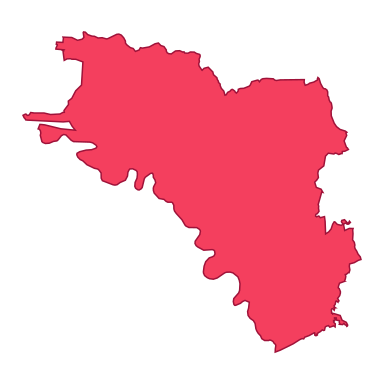 outline of Balteni, Gorj, Romania
{"feature_id": "2599482B88811296912065", "entity_name": "Balteni", "entity_type": "district", "adm_level": 2, "iso_a3": "ROU", "parent_name": "Romania", "parent_adm1": "Gorj", "projection": "orthographic", "projection_center": [23.271, 44.874], "detail": "fine", "context": "isolated", "style": "filled", "palette": "rose", "viewbox_px": 384, "rotation_deg": 0, "n_neighbors": 0, "source": "geoboundaries", "source_scale": "gbopen_adm2", "svg_char_len": 5898}
<svg xmlns="http://www.w3.org/2000/svg" viewBox="0 0 384 384"><path d="M275.2,352.1L280.2,350.2L293.2,343.8L299.8,339.6L302.0,338.6L303.7,338.9L304.7,337.2L309.1,335.6L314.0,332.9L314.6,332.8L314.9,335.3L315.8,335.7L316.7,335.5L317.3,335.0L316.7,334.2L317.7,333.7L318.0,332.9L320.4,331.6L322.3,329.9L323.7,330.5L324.5,330.2L325.2,327.1L326.2,326.3L328.4,325.6L329.8,327.2L333.6,325.9L335.1,326.9L335.3,323.8L333.7,322.3L333.9,321.8L333.6,321.4L333.6,320.5L334.6,320.7L335.0,320.1L335.2,319.0L334.5,318.5L334.5,317.8L336.3,317.9L336.4,319.9L336.7,320.2L339.4,320.7L339.3,322.6L339.7,323.4L339.3,324.3L342.7,324.6L343.9,323.4L345.3,325.0L346.1,325.0L346.8,326.4L347.4,326.0L347.7,325.1L346.3,322.3L342.1,320.2L340.2,315.5L333.7,313.5L332.7,314.0L332.5,313.2L331.6,313.2L331.4,309.6L331.9,308.8L332.7,308.6L334.2,310.2L334.7,308.3L334.3,307.7L335.4,307.7L334.4,307.0L334.2,305.5L335.1,304.6L335.8,301.3L336.4,301.0L338.0,302.2L338.1,301.6L339.0,300.9L337.6,298.4L339.7,295.6L340.4,293.1L340.4,291.5L339.2,288.6L338.2,287.8L338.5,286.1L339.5,283.2L344.7,281.3L344.4,281.2L345.3,279.1L345.8,276.5L345.3,274.5L346.2,274.4L348.7,272.4L349.1,272.6L349.9,269.9L349.3,266.4L349.6,263.9L354.2,262.7L358.4,260.3L361.0,259.5L360.3,256.9L358.0,254.0L356.7,251.1L355.0,248.5L354.6,246.6L354.9,245.1L354.3,242.3L352.6,239.9L353.0,233.7L352.7,229.9L353.1,228.5L349.3,228.4L344.7,230.5L343.6,224.8L344.0,223.8L345.9,223.0L347.1,224.2L348.7,224.1L350.4,222.4L349.4,221.2L348.6,222.8L347.8,223.3L344.5,219.7L341.8,220.4L341.4,221.8L343.1,224.3L341.2,225.3L337.3,224.4L334.9,221.9L334.2,221.8L332.7,224.2L331.1,229.0L328.7,231.9L325.6,233.9L325.1,221.3L324.5,216.6L320.3,217.7L318.8,216.0L316.6,216.8L315.6,216.2L315.7,214.8L316.3,214.0L317.3,213.7L319.0,211.3L318.5,208.1L318.7,206.2L318.2,204.5L321.7,192.1L322.9,192.4L321.1,189.2L316.3,187.4L314.7,182.2L316.8,180.0L316.7,179.2L317.0,179.7L318.4,177.6L317.8,173.1L318.5,170.1L323.8,165.9L325.5,156.1L328.3,153.2L333.9,154.0L335.1,153.1L336.9,153.5L338.7,154.5L340.0,154.2L340.2,153.7L342.1,153.6L342.3,151.5L344.9,151.2L348.4,149.5L347.3,147.8L346.5,147.5L344.1,140.9L346.7,135.4L345.9,133.0L346.9,132.3L345.4,131.1L340.0,129.4L336.5,126.6L334.2,123.2L331.3,115.9L331.1,111.2L332.1,108.1L331.9,106.2L331.4,103.5L330.9,102.4L330.1,102.0L329.1,99.8L328.6,97.0L327.7,95.8L327.7,91.9L326.9,90.0L325.3,88.8L324.0,88.7L322.8,87.6L320.6,83.5L319.1,78.6L317.9,77.5L317.4,78.8L317.6,79.5L317.4,80.0L313.7,82.1L309.5,83.2L308.4,84.2L305.2,85.3L304.1,82.3L304.3,79.6L280.2,79.9L276.4,80.5L274.8,80.1L273.3,78.8L266.5,78.4L262.9,78.7L261.3,79.4L259.4,81.8L258.4,80.3L257.4,80.1L251.8,81.7L250.1,85.3L249.1,86.2L243.8,88.3L240.2,88.5L238.3,89.3L238.1,91.2L236.4,93.1L235.3,92.2L234.8,91.1L232.5,89.4L231.4,89.6L230.0,91.2L227.6,92.4L226.3,94.7L225.0,95.2L223.8,91.1L221.3,88.3L220.2,85.6L220.1,84.0L218.5,82.4L218.4,81.2L217.3,79.5L216.9,77.7L213.5,74.7L212.8,71.9L212.2,71.3L208.2,67.2L204.1,68.3L202.1,70.3L201.8,70.0L199.1,66.0L198.8,64.6L198.7,63.7L199.4,61.6L199.1,59.2L200.1,56.7L200.1,55.1L199.6,54.4L196.3,53.4L194.3,52.1L190.3,52.0L188.3,53.1L187.1,53.2L184.7,53.0L184.0,51.8L182.9,52.1L179.7,50.7L176.2,50.9L175.4,51.0L171.3,53.9L168.8,53.7L167.1,52.7L166.3,51.0L166.3,49.9L164.0,46.6L160.8,45.5L158.4,43.0L155.0,43.8L149.3,46.9L142.5,48.1L140.4,47.7L139.1,50.0L135.4,51.4L133.2,48.5L130.3,47.6L127.0,45.0L125.5,43.2L125.4,41.0L123.7,37.8L121.3,35.1L118.9,34.1L116.8,34.3L107.7,38.7L106.5,38.9L102.1,37.7L98.1,38.0L94.5,36.3L91.9,36.1L87.7,34.6L85.4,32.2L83.6,31.9L83.2,32.5L83.9,37.4L82.1,39.2L77.6,40.3L71.8,37.5L63.0,37.1L63.4,38.1L62.9,42.4L56.6,42.1L56.3,44.4L57.3,44.7L57.3,45.3L56.0,48.0L55.9,49.1L63.7,49.8L62.7,50.6L63.7,51.0L63.1,51.9L64.2,60.4L67.0,58.9L70.4,58.7L71.7,59.2L75.9,59.3L82.9,61.9L81.5,85.1L75.7,90.8L71.8,98.3L68.3,101.1L68.5,104.5L64.0,110.5L64.3,112.3L62.9,112.4L60.0,114.0L50.5,114.5L44.0,113.0L34.1,113.0L30.7,112.5L29.5,114.5L28.5,115.3L27.3,115.4L26.2,114.2L25.4,114.1L23.0,115.3L24.1,117.7L25.1,118.7L25.7,119.9L27.2,120.1L63.1,121.9L69.4,121.4L72.1,126.2L75.3,130.2L60.9,128.8L44.9,124.9L41.6,124.5L39.9,124.4L38.1,128.9L39.4,129.3L40.4,130.8L40.8,133.1L40.3,135.3L41.9,141.6L42.9,142.5L45.4,143.5L49.3,143.2L53.5,141.4L56.9,140.9L58.2,139.8L61.4,135.7L63.6,134.5L65.9,134.9L71.1,140.2L73.5,141.6L89.9,142.1L92.6,142.8L96.1,145.2L96.9,146.7L95.9,148.2L91.6,149.7L86.1,150.1L79.7,151.7L77.0,153.3L76.8,154.8L77.8,157.1L80.1,159.5L82.8,160.8L86.9,164.7L94.4,168.3L97.7,169.0L99.1,170.2L101.1,173.0L101.2,178.2L102.4,180.7L113.1,184.8L115.0,185.1L117.1,184.7L120.1,182.5L125.4,180.2L127.5,176.1L127.9,172.3L128.9,170.2L129.8,169.0L132.7,168.8L136.1,170.4L137.2,171.7L137.4,174.6L137.0,178.2L135.1,182.4L134.8,186.3L135.6,188.2L137.6,189.7L139.1,190.0L141.2,188.8L142.2,187.5L144.3,178.8L145.3,177.2L150.4,173.5L152.1,173.1L152.7,173.5L153.3,175.3L153.3,177.2L155.0,180.0L155.7,182.8L153.7,186.6L153.3,188.2L153.4,190.6L154.2,193.1L159.1,198.5L164.0,199.4L166.1,201.4L167.8,202.2L171.6,202.2L172.5,202.7L173.8,205.3L173.9,208.9L174.5,211.0L176.2,213.4L182.0,219.8L185.1,225.2L186.0,226.1L188.9,227.5L196.8,227.6L199.4,229.3L200.2,230.4L200.4,231.3L199.8,234.6L195.2,241.2L195.0,243.5L196.1,245.6L197.8,247.0L203.7,250.2L212.2,249.6L213.8,250.1L214.6,251.1L215.0,253.8L214.1,255.8L212.4,256.8L209.2,257.9L205.7,261.7L204.1,266.2L203.4,271.6L203.5,273.0L204.6,275.6L207.3,277.7L209.5,278.7L213.4,279.2L217.2,278.0L224.8,272.8L226.6,272.2L230.1,272.1L233.0,272.9L237.9,276.8L239.3,280.3L240.0,283.8L239.6,290.4L238.7,292.9L233.8,298.5L233.3,301.5L233.9,304.4L234.7,305.3L235.7,305.3L240.5,303.3L242.6,301.5L245.0,300.4L249.3,302.2L248.6,308.1L247.6,311.5L248.1,315.5L250.2,318.4L253.4,320.6L255.1,323.5L255.9,328.7L256.7,330.8L258.2,333.3L260.5,335.7L261.8,338.7L264.6,340.5L268.6,340.5L269.8,340.0L271.2,340.4L273.1,341.5L273.9,343.0L275.5,344.5L275.8,345.7L275.3,348.9L275.2,352.1Z" fill="#f43f5e" stroke="#9f1239" stroke-width="1.5"/></svg>